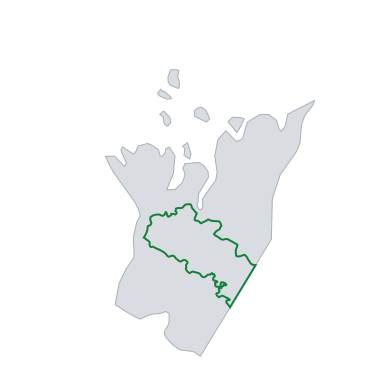 Bafatá highlighted on a map of Guinea-Bissau, rotated 121°
{"feature_id": "GNB-776", "entity_name": "Bafatá", "entity_type": "Region", "adm_level": 1, "iso_a3": "GNB", "parent_name": "Guinea-Bissau", "parent_adm1": "", "projection": "robinson", "projection_center": [-14.664, 12.138], "detail": "fine", "context": "in_parent", "style": "outline", "palette": "green", "viewbox_px": 384, "rotation_deg": 121, "n_neighbors": 0, "source": "natural_earth", "source_scale": "10m", "svg_char_len": 6401}
<svg xmlns="http://www.w3.org/2000/svg" viewBox="0 0 384 384"><g transform="rotate(121 192 192)"><path d="M50.4,134.1L55.5,133.1L68.2,134.8L78.0,132.7L84.9,129.4L94.3,124.7L103.3,123.2L131.7,125.3L156.4,119.7L174.8,109.2L191.7,99.6L213.6,99.7L237.2,99.8L270.6,99.9L297.1,100.1L328.4,100.2L328.1,108.8L333.6,121.0L332.8,130.0L330.4,138.6L328.3,142.0L325.6,143.9L317.2,143.9L313.7,145.6L308.1,148.9L307.9,152.9L312.4,156.6L316.1,161.9L320.3,166.0L327.6,170.8L328.3,176.1L328.5,189.4L328.1,199.9L307.6,207.5L291.8,208.8L278.4,208.0L272.6,211.2L261.0,219.0L246.8,223.7L239.5,224.0L236.0,226.9L230.5,235.0L215.1,270.4L210.0,278.9L205.9,284.4L201.2,276.9L204.8,263.0L200.9,263.2L193.0,274.4L189.2,274.8L189.7,261.5L185.3,261.0L180.3,261.9L173.2,255.0L172.5,249.8L173.1,242.5L177.4,237.9L176.8,236.0L172.7,235.4L168.0,236.7L165.2,234.5L169.9,225.1L186.4,217.2L194.7,216.3L203.2,214.6L198.5,207.8L188.5,205.1L180.4,207.0L176.4,211.9L171.4,212.7L163.1,201.2L163.3,195.4L166.4,188.5L171.2,185.4L190.3,185.5L197.5,181.7L200.5,181.0L203.2,177.4L202.7,175.1L199.6,175.0L192.4,179.5L169.4,177.8L162.1,180.6L149.3,191.1L133.5,196.9L122.1,194.5L125.8,180.3L124.1,178.4L120.6,176.1L103.8,180.6L91.1,174.1L86.1,166.3L87.0,156.5L93.0,149.9L94.0,146.6L87.6,146.0L76.0,150.1L50.4,134.1ZM105.9,271.8L98.4,273.3L95.0,268.1L94.5,266.0L98.4,264.2L100.2,264.2L103.2,260.3L106.8,257.8L108.4,257.0L110.3,257.1L111.7,265.6L109.9,269.1L105.9,271.8ZM125.8,228.6L121.4,231.9L116.9,230.3L114.5,227.4L114.9,222.0L120.0,214.5L124.6,215.5L125.8,228.6ZM118.0,184.3L113.1,197.3L107.1,195.9L103.0,188.2L102.5,184.9L114.7,183.9L118.0,184.3ZM142.3,255.2L142.3,259.5L138.3,258.7L137.2,257.4L139.5,249.5L143.0,246.0L147.2,246.6L148.5,247.6L147.7,250.7L145.8,253.2L142.3,255.2ZM158.3,221.0L157.4,223.5L152.1,221.4L159.9,212.4L164.9,210.9L164.8,217.8L160.9,219.2L158.3,221.0ZM126.3,269.3L125.4,272.3L120.0,271.8L121.2,268.8L120.0,267.9L121.6,259.0L122.4,257.6L125.1,260.9L125.4,262.3L126.3,269.3Z" fill="#d9dde1" stroke="#a8b0b8" stroke-width="1"/><path d="M221.9,99.8L229.4,99.8L262.4,100.0L271.2,100.0L269.7,103.5L269.3,105.0L268.9,105.7L268.4,106.2L267.9,106.4L267.4,106.4L267.0,106.3L266.7,106.0L266.1,105.1L265.4,104.4L265.1,104.2L264.8,104.4L264.6,105.1L265.0,111.2L265.3,112.6L265.6,113.0L265.9,113.3L266.9,113.7L267.5,114.4L267.8,114.6L268.2,114.6L268.4,115.1L268.3,115.8L267.8,117.3L267.4,118.0L267.1,118.5L266.9,118.6L266.7,118.7L266.4,118.7L266.0,118.6L265.8,118.5L265.5,118.3L264.9,117.6L264.5,117.3L264.1,117.1L263.6,117.1L263.1,117.3L262.8,117.6L261.7,118.9L261.4,119.1L261.0,119.2L260.6,119.2L260.3,119.0L260.2,118.8L259.9,117.8L259.5,117.5L259.1,117.4L258.1,117.6L257.5,117.6L257.1,117.4L256.9,117.0L256.6,116.8L256.4,116.7L255.6,117.0L255.2,117.1L254.8,116.9L254.7,116.5L254.8,115.8L254.8,115.2L254.4,114.8L253.9,114.8L253.5,115.1L253.3,115.8L253.2,116.7L253.5,118.6L253.8,119.6L254.2,120.3L254.6,120.5L255.1,120.5L255.6,120.3L256.0,120.1L257.3,119.3L257.7,119.1L258.2,119.2L258.6,119.4L258.9,119.7L260.1,121.3L260.4,121.8L260.5,122.3L260.6,123.0L260.4,123.6L259.8,124.2L259.3,124.3L258.9,124.6L258.5,124.9L258.3,125.3L257.9,125.6L257.6,125.5L257.2,125.2L256.8,124.4L256.6,124.1L256.3,124.0L256.0,124.1L255.8,124.5L255.8,125.3L256.2,127.1L256.4,127.6L256.5,128.0L256.5,128.3L256.1,128.8L255.7,129.1L255.2,129.4L254.6,129.5L254.1,129.5L253.6,129.4L252.8,129.0L252.5,129.1L252.1,129.3L251.8,129.7L251.5,130.1L251.2,130.5L251.1,130.9L251.2,131.2L251.7,131.4L251.9,131.7L251.8,132.2L251.5,132.5L251.4,132.7L251.3,132.9L251.3,133.1L251.5,133.3L253.0,133.7L253.4,133.9L253.7,134.3L254.3,135.2L254.6,135.6L255.0,135.9L255.4,136.1L257.0,136.6L257.4,136.8L258.2,137.3L258.9,138.0L259.2,138.5L259.3,139.1L259.3,139.8L259.0,141.1L258.7,141.7L258.2,142.8L258.1,143.4L258.1,144.3L259.6,149.8L259.7,150.2L259.9,150.5L260.2,150.8L260.6,151.1L261.0,151.3L262.0,151.7L262.4,152.0L262.7,152.4L262.8,153.2L262.6,154.5L261.8,156.8L261.2,157.6L260.6,157.9L260.1,157.9L259.7,158.0L259.3,158.2L258.2,159.2L257.8,159.4L257.4,159.5L257.0,159.5L255.8,159.3L255.3,159.3L254.8,159.4L254.4,159.8L254.1,160.4L253.9,161.7L253.9,162.6L254.2,163.6L254.6,164.1L255.0,164.5L255.7,165.0L257.1,165.7L257.5,166.0L257.8,166.8L257.7,168.2L257.3,171.2L256.9,172.5L256.6,173.2L256.4,173.5L256.3,173.9L256.2,174.6L256.5,175.6L256.8,176.1L257.1,176.5L259.0,178.1L259.4,178.5L259.5,179.1L259.5,179.9L258.3,183.5L258.2,184.4L258.1,185.7L258.3,190.5L258.9,194.4L258.8,196.4L259.0,197.1L259.2,197.7L259.9,198.3L260.2,198.7L260.3,199.3L260.2,199.9L259.5,200.8L259.0,201.2L257.5,202.0L257.1,202.3L256.8,202.6L256.4,204.0L255.9,209.9L253.8,209.7L249.5,210.2L247.4,210.8L244.8,212.0L243.9,212.2L243.3,211.9L242.3,210.9L242.0,210.7L240.4,210.6L239.5,210.9L237.0,213.8L234.8,214.6L232.2,213.4L229.8,211.1L228.3,208.7L227.9,207.0L227.9,205.8L227.5,204.8L225.8,203.8L222.9,204.2L222.7,203.6L225.1,200.5L225.4,199.7L225.1,199.2L222.7,198.0L222.3,198.0L221.9,198.2L221.4,198.5L221.1,198.1L220.7,197.2L220.2,196.3L220.1,195.4L219.8,194.7L218.9,194.3L217.9,194.3L217.3,194.9L216.9,196.3L214.5,197.2L212.8,195.6L211.5,193.2L210.2,192.0L207.5,191.6L206.7,191.3L205.6,190.6L205.1,189.8L204.6,189.0L203.8,188.0L203.4,186.6L204.2,185.3L205.4,184.1L206.0,182.9L207.7,177.7L207.8,177.0L208.2,176.7L209.6,176.7L210.5,176.4L210.8,176.4L211.9,176.5L212.9,176.2L213.4,176.0L213.8,175.8L214.2,175.5L214.5,175.3L214.6,175.1L214.7,174.8L214.6,174.4L214.4,173.7L213.8,172.2L213.7,171.7L213.7,170.8L213.8,170.1L214.2,169.1L214.3,168.6L214.0,168.1L210.2,165.6L209.8,165.2L209.0,164.8L207.9,164.5L207.5,164.2L207.2,163.9L207.1,163.3L206.7,160.7L206.3,159.7L203.4,154.0L203.3,153.4L203.5,152.6L204.2,151.4L205.1,150.2L205.5,149.8L205.8,149.5L206.2,149.3L206.7,149.4L207.2,149.5L207.7,149.6L208.2,149.5L208.7,149.3L209.2,149.2L209.6,149.2L210.0,149.3L210.3,149.4L212.7,150.9L213.2,151.0L213.8,151.1L215.6,151.3L216.6,151.5L217.0,151.1L217.2,150.3L217.2,145.4L217.5,143.3L217.3,141.9L217.0,141.0L216.7,140.6L214.9,138.9L214.6,138.5L214.4,138.0L214.2,137.5L214.1,136.8L213.7,126.4L213.9,125.8L214.4,125.6L218.9,124.6L220.3,124.0L220.7,123.7L221.9,122.7L222.3,122.4L222.8,122.3L223.2,122.0L223.6,121.7L223.9,121.3L224.0,120.7L223.7,119.8L223.4,119.2L223.2,118.8L222.9,118.5L221.7,117.1L219.4,115.4L219.0,115.0L218.8,114.4L218.9,113.5L219.4,111.8L219.8,111.0L220.8,109.5L221.2,108.4L222.7,105.6L222.9,105.1L223.1,104.4L223.1,103.1L222.9,101.9L221.9,99.8Z" fill="none" stroke="#15803d" stroke-width="2"/></g></svg>